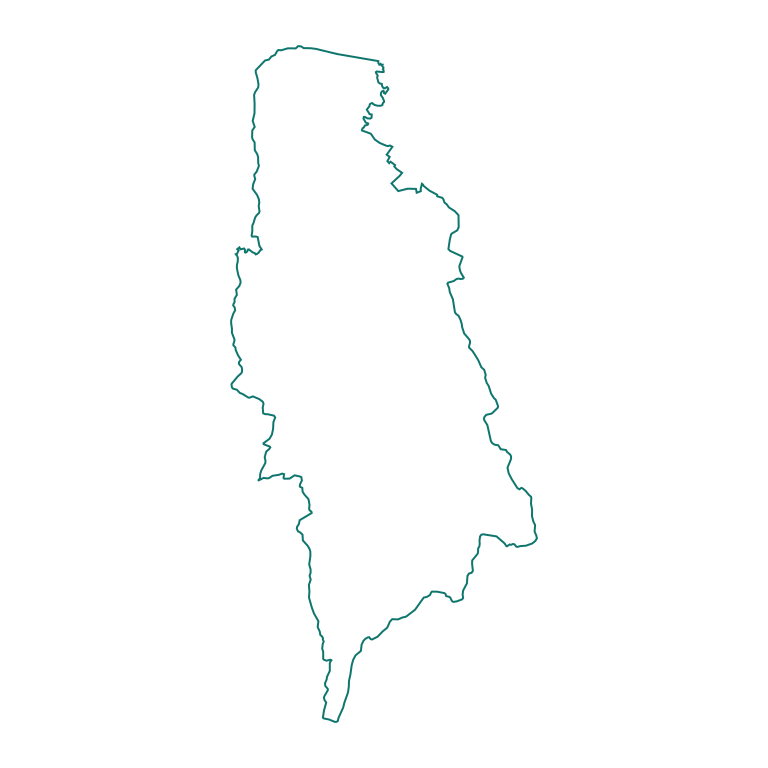 the district of Chun, Phayao, Thailand
{"feature_id": "78962969B62058634056036", "entity_name": "Chun", "entity_type": "district", "adm_level": 2, "iso_a3": "THA", "parent_name": "Thailand", "parent_adm1": "Phayao", "projection": "natural_earth1", "projection_center": [100.139, 19.355], "detail": "fine", "context": "isolated", "style": "outline", "palette": "teal", "viewbox_px": 768, "rotation_deg": 0, "n_neighbors": 0, "source": "geoboundaries", "source_scale": "gbopen_adm2", "svg_char_len": 6068}
<svg xmlns="http://www.w3.org/2000/svg" viewBox="0 0 768 768"><path d="M378.3,61.1L337.0,54.0L316.0,48.9L310.5,48.2L303.7,48.1L301.0,46.4L298.2,46.1L295.7,48.4L287.9,48.3L281.2,50.3L278.4,50.0L277.1,51.2L275.0,54.9L271.4,56.5L268.9,59.6L265.0,60.5L255.8,70.2L255.7,72.2L257.5,78.5L258.5,84.3L258.2,87.4L255.1,92.2L254.1,94.9L254.6,103.6L254.5,113.4L252.7,120.9L254.7,126.9L252.3,130.4L252.1,137.1L252.5,139.1L254.6,142.4L254.8,150.2L257.3,154.3L258.1,157.2L258.2,162.9L258.9,165.9L256.7,171.6L254.3,174.6L254.3,176.0L255.2,179.1L253.2,184.1L252.6,188.8L257.1,195.0L258.9,199.4L259.3,202.3L258.7,206.2L259.5,211.3L259.0,213.0L256.6,215.3L255.2,217.4L253.4,223.3L252.3,225.5L252.3,231.5L251.6,235.7L252.1,236.6L255.8,236.5L257.7,237.1L259.4,245.9L261.7,249.5L260.3,250.2L258.6,252.7L256.9,254.0L255.7,254.4L255.0,253.3L252.6,252.3L248.8,249.4L247.9,249.6L247.2,251.5L245.7,252.6L245.0,252.3L244.9,249.6L244.1,248.5L240.5,249.3L239.4,247.4L237.2,249.2L238.6,250.5L237.0,253.8L235.8,254.2L237.4,256.3L237.9,258.5L237.7,261.6L236.9,265.2L236.9,268.4L238.4,275.4L240.4,280.2L240.5,283.0L239.3,286.0L236.1,289.7L236.9,294.8L234.5,298.8L234.6,302.1L233.4,304.2L233.2,305.4L234.7,307.6L235.1,310.2L233.3,313.7L231.2,320.0L231.1,322.7L232.0,329.2L231.9,332.7L234.5,339.6L234.2,341.9L233.3,344.2L233.5,345.5L235.4,347.4L235.6,349.6L237.9,355.1L240.9,359.8L239.1,361.9L238.9,363.9L241.7,367.2L242.1,369.2L242.0,371.7L241.4,373.1L237.6,376.6L231.7,383.7L231.5,384.8L232.0,387.5L233.1,388.7L236.8,389.7L239.8,392.9L242.6,394.0L248.2,397.5L249.5,397.7L252.9,396.4L259.3,399.1L262.8,401.8L263.3,402.9L263.5,403.9L262.7,407.5L263.2,413.3L265.2,414.2L267.5,414.2L273.9,415.6L275.2,417.4L273.4,422.2L273.1,428.9L271.9,434.6L269.5,438.8L263.5,443.2L263.8,444.3L269.8,446.6L270.3,447.4L269.0,449.3L266.4,451.4L266.0,452.3L264.7,457.3L265.5,460.8L265.3,463.1L261.3,470.4L260.2,474.1L260.0,478.2L258.0,480.7L263.6,477.9L267.5,478.4L269.0,478.1L272.5,475.8L279.0,474.8L282.1,473.6L284.1,474.2L283.5,477.9L284.2,478.7L289.6,478.6L294.6,475.3L299.9,476.5L301.3,477.1L301.9,480.4L300.0,484.4L299.8,486.3L300.1,486.8L302.3,487.9L302.6,491.7L304.6,494.8L308.3,498.9L308.8,500.5L309.5,505.0L309.1,508.9L309.7,510.3L311.5,511.8L311.7,513.0L299.7,520.2L298.9,524.0L297.0,527.0L296.8,528.8L298.0,531.3L300.1,532.4L302.5,534.6L302.9,540.5L307.7,545.8L309.6,549.1L310.3,551.5L310.4,555.9L309.2,564.4L310.6,569.4L310.6,572.7L309.6,575.8L310.7,579.6L308.9,584.9L309.4,591.4L309.0,597.6L311.8,607.5L314.0,613.5L318.4,621.2L317.7,627.2L319.7,631.4L320.3,634.9L322.0,636.4L323.0,638.2L322.8,639.4L323.7,641.6L322.7,644.1L322.2,648.8L323.2,651.6L323.2,658.9L323.9,659.7L326.5,660.7L330.3,659.7L331.4,660.3L330.1,662.0L329.8,663.4L329.8,670.9L326.9,677.0L326.7,679.3L325.0,683.4L325.3,685.9L327.7,688.8L327.9,690.1L324.5,696.0L323.9,697.7L324.6,700.2L326.2,702.5L324.0,710.5L322.9,717.7L323.7,718.4L329.0,719.5L334.9,721.9L336.6,721.8L337.8,721.0L338.5,717.9L343.2,707.5L344.4,702.6L348.0,692.5L348.8,686.8L349.0,680.9L350.4,674.5L351.7,665.2L353.1,660.0L355.5,655.4L360.9,650.9L361.6,644.7L363.3,641.1L365.1,639.0L367.5,637.5L369.1,637.2L370.7,639.1L372.0,639.5L377.6,636.7L382.7,631.4L387.3,627.6L389.9,621.6L392.2,619.2L398.1,619.4L402.3,617.5L405.7,616.8L407.3,615.7L415.0,609.8L423.7,597.6L426.8,596.9L429.9,595.1L431.2,592.4L432.0,591.6L437.2,591.7L444.4,593.1L445.5,594.0L446.2,596.1L449.5,596.9L450.2,597.5L451.9,601.0L453.4,601.9L456.7,601.4L462.2,599.3L463.1,598.0L462.6,594.4L463.2,590.4L466.9,583.4L467.5,575.8L469.0,573.5L471.6,572.8L472.9,570.8L472.1,564.0L472.2,560.4L477.6,553.8L478.0,552.4L478.2,548.3L479.3,546.6L479.7,543.9L479.5,540.6L480.1,536.4L481.3,534.7L483.3,534.3L496.5,536.4L504.5,543.3L506.4,546.1L507.0,546.3L509.7,544.5L511.1,544.8L512.9,544.0L514.4,544.3L516.4,546.7L517.4,546.9L520.4,546.1L525.9,545.7L532.2,543.5L535.3,541.0L536.9,538.4L536.3,535.5L534.6,531.7L535.1,525.1L533.4,521.6L532.0,516.2L532.1,509.4L531.0,503.9L531.3,498.1L531.0,496.7L528.8,494.8L525.7,491.0L522.7,488.4L521.3,487.9L519.5,489.3L517.4,488.1L511.7,479.1L508.7,473.3L507.5,467.7L511.1,458.8L511.0,456.2L510.2,454.6L507.1,452.0L505.9,450.0L500.7,449.2L498.3,445.3L494.4,444.6L492.2,443.1L490.9,441.1L487.4,425.2L484.1,419.8L484.0,418.3L484.4,417.1L486.1,414.9L491.5,413.6L492.7,412.7L497.6,407.9L498.1,406.6L497.8,405.4L495.8,399.9L493.8,397.9L491.1,393.6L488.7,386.0L486.7,382.8L485.1,377.8L485.7,374.9L484.2,369.8L481.3,367.2L478.3,360.3L475.4,355.5L472.4,350.9L469.1,347.6L469.1,346.0L470.0,343.0L470.0,341.1L469.2,339.3L464.2,333.5L462.1,327.0L461.8,324.1L460.4,319.6L458.5,315.7L456.0,313.9L454.9,312.1L452.9,299.3L449.8,292.1L449.2,288.2L447.4,283.8L448.0,282.7L453.6,281.1L456.6,279.0L458.6,278.6L460.4,279.0L462.7,278.8L463.8,277.7L461.1,273.2L460.1,270.8L459.4,267.4L459.4,265.9L462.5,257.4L462.4,256.6L450.1,250.9L448.4,249.1L449.8,239.7L451.1,234.4L451.7,233.6L457.2,230.4L458.7,227.2L458.5,215.2L454.9,211.3L448.9,207.4L446.7,204.3L444.5,202.6L443.3,199.1L442.2,197.8L437.2,196.3L437.2,194.8L429.4,190.6L423.6,185.9L423.0,184.6L421.9,183.8L420.7,188.9L420.8,191.2L416.7,192.7L416.0,188.9L407.6,188.7L398.3,191.1L391.5,183.4L399.8,175.7L402.1,172.8L396.9,169.3L394.3,166.5L395.1,165.1L390.6,161.7L389.2,163.2L387.4,161.1L389.7,156.9L386.7,154.7L392.4,146.8L389.9,145.5L387.9,146.1L386.2,145.7L379.8,143.0L374.9,139.6L370.8,133.7L362.0,130.5L362.4,128.4L363.7,127.6L364.8,125.6L367.7,124.8L368.2,123.5L365.8,122.6L363.5,118.7L363.8,117.0L364.9,116.9L367.1,118.3L370.1,118.6L371.5,117.8L371.7,114.5L369.6,114.1L366.8,109.6L369.5,106.1L369.8,104.2L371.9,103.0L374.5,104.9L377.4,105.7L380.3,105.8L382.3,105.1L382.9,103.0L383.9,102.2L384.1,101.2L382.8,97.9L380.9,95.1L380.9,93.3L381.7,91.7L383.3,90.7L383.8,91.2L384.0,93.0L385.2,93.7L388.4,89.2L388.0,88.1L387.0,87.0L384.9,88.3L383.3,87.9L382.2,86.3L381.8,83.9L379.7,83.4L378.4,82.3L377.1,77.4L377.7,75.5L376.0,72.9L375.9,72.1L376.7,71.5L382.5,72.1L383.6,72.0L383.7,71.6L383.4,69.8L382.9,69.5L383.5,67.6L382.1,65.9L382.6,64.7L381.3,64.6L380.6,63.9L379.9,64.8L379.4,64.8L378.2,62.5L378.3,61.1Z" fill="none" stroke="#0f766e" stroke-width="2"/></svg>